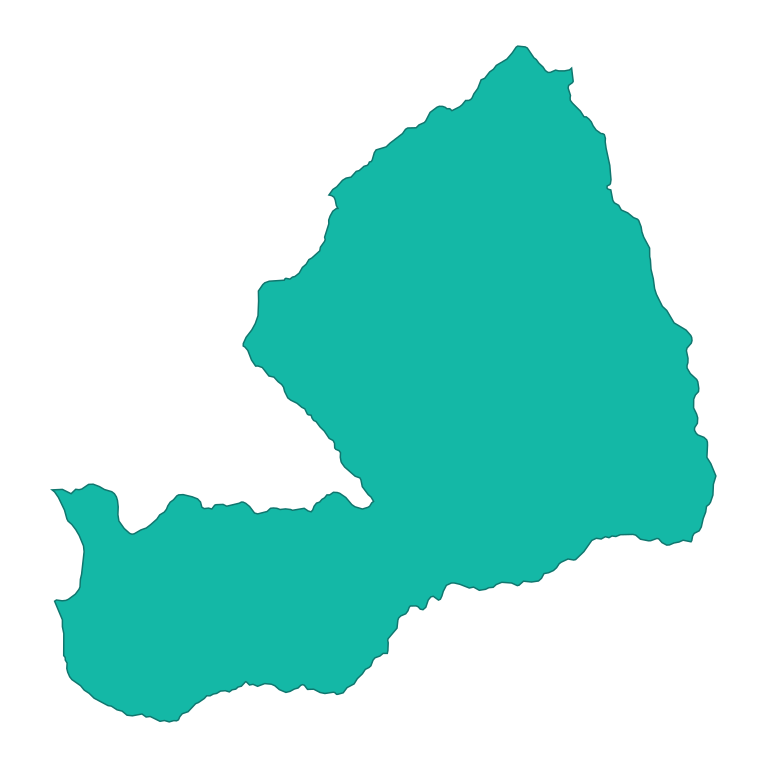 the district of Mariscal Luzuriaga, Áncash, Peru
{"feature_id": "86281439B99207527213324", "entity_name": "Mariscal Luzuriaga", "entity_type": "district", "adm_level": 2, "iso_a3": "PER", "parent_name": "Peru", "parent_adm1": "Áncash", "projection": "equal_earth", "projection_center": [-77.351, -8.856], "detail": "fine", "context": "isolated", "style": "filled", "palette": "teal", "viewbox_px": 768, "rotation_deg": 0, "n_neighbors": 0, "source": "geoboundaries", "source_scale": "gbopen_adm2", "svg_char_len": 6055}
<svg xmlns="http://www.w3.org/2000/svg" viewBox="0 0 768 768"><path d="M715.9,476.0L710.8,463.6L706.9,457.4L707.5,445.3L707.4,442.1L706.7,439.9L703.9,437.3L698.0,435.0L696.2,433.3L694.5,430.2L694.6,427.7L697.4,423.3L697.7,417.9L696.6,414.1L693.6,407.9L693.7,399.2L695.4,395.0L698.5,391.6L698.8,388.4L697.8,381.8L696.7,379.5L690.3,373.6L687.1,368.1L687.0,365.6L687.9,362.7L688.0,358.3L686.4,350.7L687.0,348.1L691.3,343.1L692.0,340.6L691.7,337.5L690.8,335.5L686.1,330.1L674.1,322.9L666.8,310.5L662.4,306.4L656.4,294.3L654.6,288.6L653.3,278.8L651.0,269.2L650.4,259.8L649.7,256.8L649.6,248.1L643.7,237.1L641.9,231.8L641.1,226.8L638.7,220.5L637.5,219.2L633.5,217.6L627.8,212.9L621.3,210.0L618.7,205.3L614.3,202.8L612.8,200.3L610.8,189.9L608.1,189.2L607.0,188.0L607.2,185.9L609.7,184.7L610.4,183.7L611.0,179.7L609.8,165.4L606.1,148.3L605.2,141.8L605.4,138.4L604.3,134.6L602.8,133.7L600.9,133.5L596.1,130.0L593.1,125.8L591.3,121.9L589.0,119.1L586.3,116.9L584.0,116.8L580.4,111.1L572.4,103.1L570.3,100.3L570.1,97.9L570.5,95.5L568.1,88.0L568.6,85.4L572.5,82.6L573.2,81.3L571.6,68.1L569.6,69.9L564.4,70.9L558.8,70.9L555.6,70.1L550.3,72.4L547.9,72.4L545.3,70.5L543.0,67.0L538.9,63.2L536.3,59.6L533.9,57.8L527.3,48.0L525.2,46.9L517.7,46.1L516.1,47.2L512.3,52.8L506.9,59.1L496.3,65.4L493.5,69.2L489.7,71.9L484.7,78.3L481.1,79.8L477.8,88.4L473.9,93.8L472.1,97.9L470.7,99.5L468.9,100.4L465.6,100.5L462.2,104.7L459.8,106.7L451.9,110.7L449.8,108.7L446.8,108.7L445.4,107.4L442.7,106.4L439.3,106.3L437.0,107.2L430.1,112.4L425.8,120.8L424.4,122.5L419.0,124.9L416.1,127.8L407.7,128.0L405.5,129.3L402.5,133.6L390.1,143.1L386.1,146.9L376.1,149.9L374.3,152.7L372.1,160.3L371.1,161.6L369.4,162.0L368.3,164.4L367.2,165.4L364.0,166.3L359.3,170.5L356.2,171.4L351.1,177.1L346.1,178.1L342.5,180.3L336.8,186.8L332.8,189.5L328.9,195.0L331.6,195.6L334.0,197.2L335.2,199.9L336.3,205.4L337.9,208.4L336.4,208.5L332.8,211.2L330.1,216.1L328.7,220.1L328.8,223.9L324.6,237.2L325.2,239.5L324.6,241.3L320.4,247.2L319.8,250.8L311.8,258.0L308.9,259.6L306.1,264.3L302.4,267.4L299.2,273.1L294.9,276.5L292.4,277.1L289.9,279.1L285.9,278.3L284.9,278.9L284.3,280.2L269.2,281.2L264.8,282.8L262.8,284.6L258.4,291.0L258.6,301.0L258.0,315.7L255.3,323.5L251.8,329.9L246.1,337.3L243.3,343.5L243.2,346.0L244.9,347.0L247.8,350.4L251.5,360.0L255.6,366.1L258.0,366.0L262.3,367.5L268.9,376.0L273.9,377.1L278.1,381.7L281.7,384.5L283.6,387.3L284.6,391.4L287.8,397.9L290.8,400.2L296.9,403.2L301.8,407.3L304.8,408.8L307.3,414.0L308.3,414.8L311.1,415.2L312.0,418.0L313.6,420.4L316.1,421.6L320.1,427.0L324.3,431.1L329.2,438.4L333.1,440.5L334.5,443.2L334.7,447.9L335.8,449.3L339.1,450.7L340.5,452.7L340.3,457.3L341.1,461.8L341.9,463.2L344.6,467.0L355.1,476.2L359.9,477.9L360.9,479.8L362.3,486.7L368.2,494.6L371.1,497.1L373.6,501.4L371.7,502.9L369.7,506.2L368.0,507.3L362.4,509.0L355.0,506.8L351.8,504.6L345.8,497.5L339.7,493.3L337.2,492.5L333.4,492.3L329.7,494.9L326.9,494.9L324.6,497.8L321.9,499.4L319.6,502.1L316.5,503.1L314.1,506.2L312.7,510.0L311.1,511.8L308.2,511.0L304.2,508.3L292.5,510.3L290.6,509.5L285.5,508.9L280.1,509.5L276.9,508.3L273.4,508.0L270.5,508.3L267.1,511.5L257.7,513.9L254.5,513.0L249.6,506.5L245.7,503.3L243.1,502.1L241.3,502.1L239.3,503.2L226.7,506.2L223.1,504.4L216.0,504.7L214.7,505.2L211.8,509.0L208.6,508.1L204.1,508.6L201.8,507.1L200.5,502.0L197.6,498.9L192.2,496.8L183.1,494.6L178.6,494.9L176.8,495.9L173.5,499.8L170.2,502.2L167.8,505.9L166.5,509.2L164.3,512.1L159.7,514.9L156.9,519.1L150.7,524.6L146.3,528.0L140.9,529.9L134.2,533.8L132.0,534.2L129.7,533.4L124.2,528.5L118.9,521.0L117.9,514.6L118.2,506.9L117.5,500.6L116.4,496.9L114.4,493.7L111.8,491.7L104.4,489.5L99.5,486.6L93.2,484.2L88.6,484.4L81.7,489.1L79.0,489.7L75.7,489.3L71.1,493.7L62.4,489.4L52.1,489.9L54.6,491.9L58.4,497.4L64.5,510.1L66.9,518.9L68.1,521.2L71.8,524.4L75.8,529.7L79.2,535.5L83.5,545.9L84.1,551.7L81.6,574.2L80.4,579.3L80.0,586.9L79.0,589.3L75.3,594.2L68.4,599.3L65.9,600.4L62.2,600.8L56.4,600.0L54.6,601.2L62.4,619.8L62.4,626.7L63.8,633.6L63.7,655.6L65.2,657.5L65.3,660.1L67.1,663.1L66.8,668.5L67.7,672.2L69.7,676.8L71.9,679.6L80.6,685.7L84.2,690.1L89.1,693.3L94.1,698.2L108.0,705.6L111.3,706.1L117.0,709.8L122.1,711.1L127.0,715.2L132.4,715.8L142.0,714.0L146.1,717.0L150.2,716.5L160.0,721.3L164.4,720.5L169.2,721.9L173.8,720.6L176.6,720.8L178.5,719.8L179.8,716.7L182.3,713.7L188.1,711.7L195.6,703.7L198.5,702.5L204.3,698.5L206.7,695.8L210.1,695.8L213.4,694.0L216.7,693.4L220.5,691.1L225.3,690.7L229.3,691.9L232.2,689.8L235.8,689.1L238.1,687.0L241.4,686.2L245.6,681.7L246.5,682.0L249.5,685.0L253.0,684.3L257.6,686.3L264.7,683.6L271.4,684.2L274.8,685.7L279.3,689.6L285.9,692.4L290.0,691.4L294.4,689.0L298.1,688.0L300.8,685.3L302.7,684.6L304.4,685.3L307.5,689.4L313.7,689.2L320.1,692.5L324.9,693.5L333.4,692.2L334.8,692.6L336.5,694.3L337.8,694.3L343.2,692.8L347.1,687.6L354.1,683.9L357.3,678.7L362.4,673.8L365.3,669.4L369.0,667.5L370.9,665.8L373.0,660.2L375.0,657.8L380.0,656.0L383.1,653.4L387.3,653.4L387.9,650.6L388.2,642.8L387.7,640.3L388.1,638.7L397.0,628.2L397.9,620.0L398.7,617.9L400.8,615.9L405.7,613.8L407.9,610.9L409.2,607.3L410.3,606.0L416.2,605.9L418.2,606.8L420.2,609.1L423.0,609.7L425.8,607.3L428.2,600.1L430.8,596.9L433.3,596.3L438.5,600.1L440.4,599.2L441.9,596.0L443.3,591.3L446.4,585.3L451.4,583.0L454.3,583.0L459.9,584.3L469.3,588.0L473.6,587.1L479.3,590.3L485.6,589.3L488.8,587.7L493.2,587.3L496.3,584.5L501.8,582.3L511.6,583.0L517.3,585.6L519.0,585.2L523.5,581.2L531.5,582.0L538.5,581.0L541.5,578.3L544.0,573.6L548.7,572.7L553.5,570.5L556.6,567.7L559.1,563.8L561.2,562.2L568.0,559.0L573.7,560.0L575.6,559.6L583.9,551.6L591.8,540.4L596.3,538.3L601.2,539.0L605.4,536.7L609.0,537.7L612.0,536.0L615.9,536.5L620.3,534.7L632.9,534.4L635.7,535.1L640.4,539.2L648.5,540.8L650.7,540.7L656.8,538.5L658.6,538.7L662.0,542.6L666.7,545.1L669.5,544.9L673.9,543.0L679.1,542.0L683.1,540.2L691.0,541.8L691.8,540.5L692.6,536.1L694.2,533.4L699.2,530.8L701.3,527.0L703.2,518.6L705.7,512.0L706.5,506.4L709.1,504.3L710.5,502.2L712.9,495.1L713.4,484.3L715.9,476.0Z" fill="#14b8a6" stroke="#0f766e" stroke-width="1.5"/></svg>